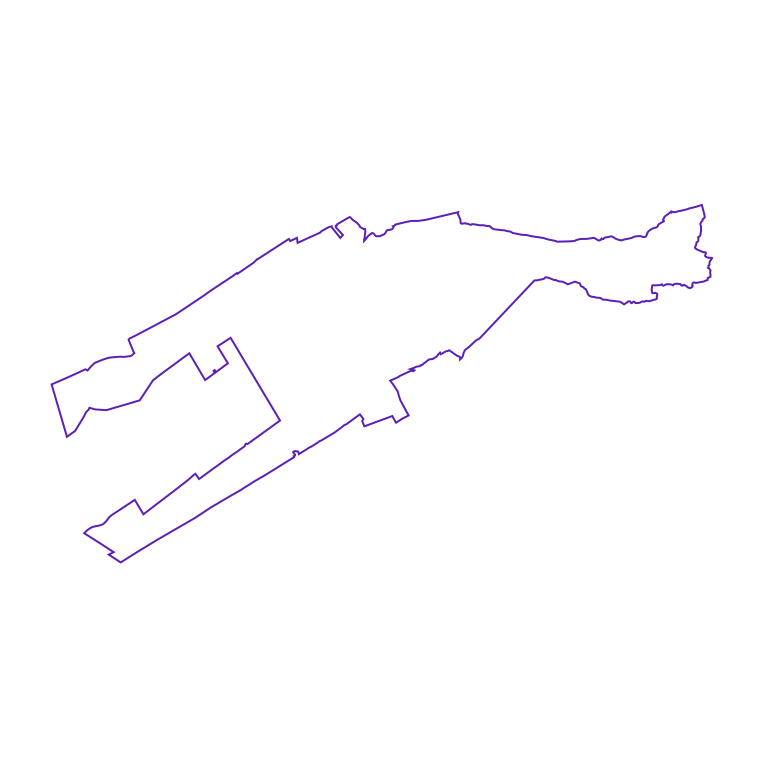 outline of Pietroasele, Buzau, Romania, rotated 88°
{"feature_id": "2599482B21343855806464", "entity_name": "Pietroasele", "entity_type": "district", "adm_level": 2, "iso_a3": "ROU", "parent_name": "Romania", "parent_adm1": "Buzau", "projection": "albers", "projection_center": [26.589, 45.1], "detail": "fine", "context": "isolated", "style": "outline", "palette": "violet", "viewbox_px": 768, "rotation_deg": 88, "n_neighbors": 0, "source": "geoboundaries", "source_scale": "gbopen_adm2", "svg_char_len": 6050}
<svg xmlns="http://www.w3.org/2000/svg" viewBox="0 0 768 768"><g transform="rotate(88 384 384)"><path d="M544.9,665.0L553.1,653.5L552.9,653.0L542.7,635.5L531.6,615.7L511.1,577.3L501.6,561.8L489.5,539.5L484.9,530.7L483.5,528.5L476.8,517.0L471.1,506.3L454.0,476.5L453.0,476.8L452.8,475.9L452.2,475.4L451.3,475.4L449.3,477.1L448.7,477.1L448.2,476.4L447.9,474.6L448.2,474.2L448.5,472.1L451.1,471.5L444.2,459.6L444.3,459.3L439.8,451.6L439.0,450.7L438.5,449.1L430.9,435.3L426.7,429.1L423.4,424.7L423.3,423.8L422.3,422.1L413.5,409.2L418.2,405.8L420.2,407.1L425.6,405.1L416.3,376.8L423.0,373.5L423.1,373.2L419.5,367.3L416.3,360.5L400.9,368.2L395.5,369.8L392.8,370.3L391.7,370.7L384.3,375.2L380.9,377.7L377.5,369.3L376.5,368.0L371.7,356.5L372.2,354.2L371.4,353.2L370.0,357.1L368.9,353.4L367.9,351.3L367.4,347.5L366.7,347.0L366.7,346.2L366.4,346.0L366.2,345.1L364.5,343.0L363.4,341.3L362.4,340.1L362.3,339.8L361.1,338.3L360.6,334.1L359.9,333.1L358.6,330.6L356.6,329.0L354.6,326.9L356.2,326.1L353.4,320.7L353.4,319.4L352.6,318.0L352.8,317.3L358.5,309.8L359.0,308.3L359.3,307.6L359.9,307.1L362.1,307.1L360.1,304.9L357.8,303.9L355.8,303.4L352.8,301.8L349.8,297.6L343.7,290.6L341.9,287.0L285.7,230.0L285.8,228.1L284.6,220.8L284.0,219.9L283.2,219.3L283.0,218.5L283.1,217.6L284.0,214.9L286.1,210.2L286.0,209.3L286.4,208.0L287.4,206.0L288.1,201.6L290.8,196.7L288.4,189.6L290.3,184.9L293.2,183.7L294.3,181.2L295.7,180.3L296.2,179.1L299.1,177.7L299.8,177.6L300.5,177.1L301.4,177.1L303.1,175.6L304.1,173.1L304.4,170.6L305.0,169.2L305.5,165.1L306.1,163.7L307.0,162.9L307.3,162.3L307.5,159.1L308.3,155.9L308.5,155.5L308.8,152.8L310.0,145.3L310.7,144.1L312.8,141.3L310.8,138.0L309.9,137.1L310.1,135.1L311.8,134.1L311.6,133.1L310.5,132.0L310.5,131.4L310.6,130.9L311.9,129.8L311.9,127.1L311.6,125.2L310.4,122.7L310.8,121.7L310.8,120.8L310.7,120.3L310.2,119.9L310.0,119.4L310.3,118.1L310.5,116.1L310.3,114.9L309.3,111.8L309.1,110.2L308.4,108.5L307.8,108.2L306.4,108.4L304.5,107.8L303.6,107.8L303.0,108.3L302.3,109.9L302.6,110.9L302.6,112.3L302.3,112.8L298.9,113.2L295.4,112.6L294.7,112.2L294.9,109.0L294.8,106.0L294.6,104.2L294.1,102.8L294.9,102.5L295.3,102.0L295.5,101.3L294.2,98.3L294.2,96.7L294.6,93.2L295.5,91.7L294.6,90.9L294.2,90.0L294.0,87.1L294.3,86.0L294.3,85.2L294.5,84.4L295.8,83.5L296.2,82.3L295.7,81.9L295.4,80.5L295.8,80.1L295.9,79.6L296.5,78.7L298.5,76.3L298.7,74.6L298.8,74.5L297.9,72.8L297.5,72.4L297.0,72.1L295.8,72.5L295.1,72.4L294.1,72.0L293.4,71.3L293.4,70.1L293.8,69.0L293.7,67.3L292.7,60.7L292.2,59.7L291.4,57.0L289.4,56.8L288.2,54.0L286.2,53.9L283.8,54.2L281.8,53.7L279.9,55.0L279.3,56.1L278.5,55.6L277.1,55.6L276.2,54.5L274.3,54.5L273.0,54.1L271.6,53.3L271.4,52.8L270.8,52.4L269.5,51.8L269.2,53.0L269.3,55.0L268.7,56.7L268.0,57.9L267.5,58.5L266.7,58.6L264.9,57.8L264.2,57.7L263.6,58.1L263.5,60.3L262.9,61.4L260.7,66.1L259.4,68.0L258.6,68.5L255.1,67.0L253.4,66.7L252.2,65.0L249.9,64.7L249.0,64.7L248.4,65.0L247.9,64.6L247.5,63.5L246.8,62.9L245.5,62.4L243.3,62.2L242.5,61.8L237.5,61.7L235.1,62.3L233.6,61.6L231.7,59.9L230.6,59.8L229.2,58.1L228.4,57.6L225.0,58.1L216.2,60.1L218.0,66.8L219.2,72.8L220.0,75.2L221.2,81.1L221.6,83.7L222.4,86.9L222.5,88.1L222.0,89.4L222.1,89.9L222.6,90.6L221.7,91.1L223.0,92.6L225.6,96.5L227.0,98.1L227.9,98.3L229.4,99.4L230.1,99.2L230.8,98.5L231.3,98.8L232.4,101.2L234.1,104.1L236.1,105.2L236.8,105.9L238.1,110.4L239.1,112.3L240.5,114.2L241.5,115.1L245.7,117.0L246.2,119.0L246.2,119.7L245.1,122.8L245.2,126.6L245.5,128.9L246.8,131.8L248.0,139.0L248.8,142.1L247.3,146.7L244.7,150.6L244.4,151.6L244.4,152.8L245.0,154.8L245.1,156.8L245.5,158.1L245.8,158.9L246.7,159.6L246.9,160.3L246.2,161.5L247.7,162.6L248.0,163.2L248.1,163.9L247.8,165.0L245.6,168.4L245.3,169.5L246.1,177.0L245.9,182.6L246.9,187.0L247.5,188.0L247.8,190.1L247.9,194.6L247.8,206.1L247.1,207.3L245.4,214.5L243.6,219.9L241.3,232.1L240.0,236.6L239.8,240.4L237.6,250.1L236.1,252.4L235.5,255.6L234.6,258.4L234.4,260.7L233.3,267.9L232.5,270.1L229.9,272.9L229.6,276.2L228.9,278.5L228.7,281.1L228.8,282.2L227.4,289.0L227.4,290.7L227.9,291.3L227.8,292.5L226.7,295.0L226.6,296.3L226.1,297.4L226.3,298.1L226.3,299.2L226.6,299.8L226.4,300.8L226.1,301.7L222.2,302.0L220.1,302.9L219.1,303.0L218.0,303.7L216.7,304.2L215.3,304.2L214.9,304.0L220.8,333.4L221.5,337.3L222.2,344.3L222.0,351.0L223.0,357.0L225.1,367.3L225.6,367.3L226.2,368.0L226.6,369.5L227.2,369.1L228.0,369.2L229.1,370.0L229.6,370.7L230.1,372.6L230.6,375.9L232.0,376.6L233.5,377.6L234.5,378.7L234.7,379.8L235.4,380.7L235.4,381.7L236.2,383.0L236.0,386.8L235.8,387.2L233.2,389.1L233.0,389.9L232.6,390.6L235.6,394.8L238.3,396.9L240.4,398.9L239.3,398.9L236.7,398.1L235.4,398.1L231.0,397.3L228.4,397.6L228.5,398.6L228.2,399.3L226.2,402.5L224.7,403.0L222.0,405.4L219.0,409.4L216.3,411.8L216.0,412.6L217.5,415.6L222.7,425.2L224.1,425.8L224.3,426.0L224.2,426.7L225.7,426.7L233.7,419.8L236.5,422.6L226.3,430.2L224.6,430.7L225.4,433.8L226.8,436.9L227.5,438.0L228.9,440.9L230.4,442.4L239.9,465.4L234.9,465.9L237.9,472.7L235.7,474.0L254.6,505.5L254.6,506.0L258.4,510.4L268.7,526.5L267.9,527.0L270.8,531.3L283.6,552.2L288.3,559.5L288.7,559.9L306.9,589.3L326.9,630.5L329.7,636.8L330.8,637.7L342.9,633.3L344.4,632.4L345.7,634.1L346.7,635.0L347.2,636.3L347.7,640.7L347.8,643.7L347.5,645.8L347.7,652.4L348.2,658.5L349.8,664.0L352.8,672.3L356.5,676.5L360.2,679.8L358.9,681.8L366.1,699.2L372.8,716.2L425.7,702.7L420.1,694.3L406.5,685.3L401.6,682.7L400.1,680.9L399.2,680.0L397.5,679.2L399.3,673.6L400.4,663.1L400.2,661.3L391.8,628.7L372.2,614.7L365.6,605.5L346.5,577.5L373.8,562.6L367.0,552.6L365.0,553.9L364.2,552.7L366.3,551.6L357.9,539.3L340.5,549.0L332.5,535.7L416.9,489.2L439.2,522.4L439.1,523.0L438.8,523.6L438.9,524.1L439.5,524.7L441.1,525.2L447.0,533.9L449.6,538.2L452.3,541.9L455.1,546.5L459.3,552.6L463.3,558.6L472.5,572.1L467.2,575.6L468.5,577.7L470.2,579.6L473.5,583.8L481.3,594.5L505.8,629.0L491.1,637.1L505.7,661.0L507.6,663.3L511.3,666.3L514.2,669.4L515.4,673.0L516.5,679.6L517.8,682.7L519.4,685.1L521.0,687.1L522.7,688.8L532.4,674.6L542.6,660.1L544.9,665.0Z" fill="none" stroke="#5b21b6" stroke-width="2"/></g></svg>